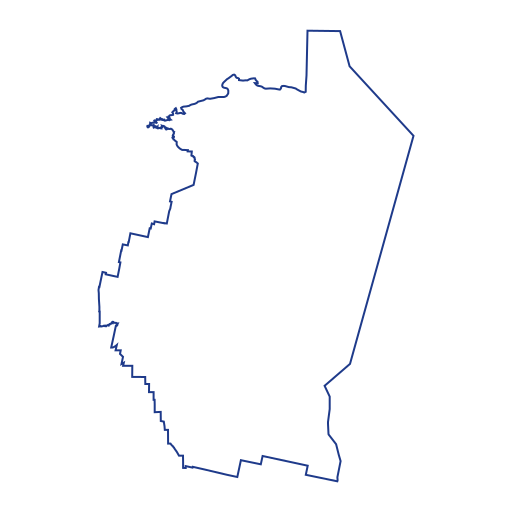 the district of San Justo, Córdoba, Argentina
{"feature_id": "61730980B4375422681595", "entity_name": "San Justo", "entity_type": "district", "adm_level": 2, "iso_a3": "ARG", "parent_name": "Argentina", "parent_adm1": "Córdoba", "projection": "robinson", "projection_center": [-62.92, -31.204], "detail": "fine", "context": "isolated", "style": "outline", "palette": "blue", "viewbox_px": 512, "rotation_deg": 0, "n_neighbors": 0, "source": "geoboundaries", "source_scale": "gbopen_adm2", "svg_char_len": 5921}
<svg xmlns="http://www.w3.org/2000/svg" viewBox="0 0 512 512"><path d="M307.5,30.7L306.5,75.5L305.8,85.6L305.7,91.8L304.2,92.5L303.4,92.1L300.9,91.5L297.0,89.4L295.7,88.5L291.4,87.3L288.8,87.1L284.9,86.0L283.5,85.9L282.0,86.1L281.2,87.0L280.9,88.5L279.9,89.6L278.5,89.4L275.0,88.7L270.1,88.4L265.8,88.7L264.5,88.4L263.3,87.7L262.1,86.8L260.8,86.3L258.0,85.8L256.7,85.2L255.7,84.2L254.9,83.1L257.7,83.2L257.5,81.7L256.7,81.1L255.6,79.8L255.1,78.4L253.9,78.3L251.0,78.7L249.5,79.2L247.3,80.4L245.8,80.3L243.0,80.6L239.0,80.1L239.0,78.7L237.9,78.0L236.6,77.8L235.7,76.7L235.2,75.3L234.1,74.6L232.7,75.0L231.7,75.9L228.3,78.4L227.1,79.1L223.9,82.1L223.0,83.1L222.4,84.4L222.2,85.8L222.8,87.1L224.0,87.7L226.8,88.3L227.8,89.2L228.3,90.6L228.3,91.9L228.2,93.5L226.6,95.9L225.3,96.6L224.0,97.0L218.3,97.0L214.1,98.1L210.0,98.8L207.3,98.4L205.9,98.8L204.8,99.6L203.5,100.3L198.0,101.7L197.1,102.6L195.8,103.4L194.5,103.9L191.7,104.5L190.4,105.0L189.2,105.8L186.3,106.4L183.7,106.6L182.4,107.0L181.1,107.8L181.5,109.0L182.7,109.9L183.2,111.1L184.0,112.3L185.0,113.3L184.2,114.0L182.7,113.7L181.5,113.0L180.2,112.9L178.8,113.3L177.3,113.5L176.2,113.2L176.7,111.8L176.4,110.7L176.4,109.4L175.8,108.2L174.7,109.0L174.4,110.4L173.2,111.3L172.3,112.3L173.1,113.5L173.1,114.8L171.7,115.1L170.3,115.2L169.6,115.5L169.2,116.2L168.5,116.5L168.5,116.9L168.1,117.1L168.0,117.4L167.5,117.4L167.7,117.7L168.0,118.0L168.3,118.3L169.5,118.8L169.8,118.5L170.0,119.1L170.7,119.7L169.8,119.9L169.3,119.8L169.1,119.8L169.0,120.1L168.4,119.9L167.9,119.9L164.9,120.7L164.2,120.3L164.5,120.1L164.3,119.6L164.1,119.6L163.8,119.8L163.3,119.8L162.3,119.2L162.2,119.3L162.2,119.5L162.4,119.9L161.9,119.8L161.8,119.3L161.6,119.0L161.2,118.9L160.2,118.1L160.0,118.4L160.3,118.7L160.1,118.8L160.1,119.0L160.4,119.3L160.2,119.6L159.2,119.8L158.5,119.7L158.1,119.8L158.0,119.4L157.9,119.3L157.6,119.4L157.1,119.1L156.8,119.1L156.7,119.6L156.3,120.4L155.7,120.5L154.5,120.4L154.3,120.6L154.2,120.7L154.5,121.6L154.9,121.8L156.1,121.8L156.7,122.7L156.6,122.8L156.4,122.9L155.8,122.6L155.4,122.5L153.5,122.8L152.6,122.7L151.2,123.2L150.2,122.8L150.2,123.5L150.4,123.7L149.8,124.3L149.3,125.5L148.8,126.1L148.2,126.5L147.9,126.3L147.7,125.9L147.4,125.9L147.3,126.1L147.4,126.4L147.4,126.7L147.7,127.3L148.0,127.4L148.3,127.3L148.9,126.9L149.0,126.7L148.9,126.3L149.8,125.7L149.9,125.0L150.5,125.0L151.0,124.9L152.0,125.4L153.2,125.1L153.3,125.4L153.7,125.3L153.7,125.6L154.0,125.8L153.5,126.4L153.6,127.4L153.7,127.6L154.2,127.4L154.3,126.5L154.5,126.4L154.7,126.9L155.1,127.0L155.4,126.8L155.3,126.2L155.6,126.2L156.1,126.5L155.7,126.8L155.8,127.5L156.2,127.7L156.6,127.2L157.1,127.1L157.4,126.8L157.3,127.5L157.6,127.9L157.7,128.3L158.0,128.4L158.4,128.1L158.9,128.0L159.0,127.9L159.6,128.1L160.2,127.9L160.4,128.1L160.7,127.8L160.9,128.1L161.4,128.3L161.4,128.0L161.6,127.8L161.4,127.2L161.6,126.6L161.9,127.0L162.5,127.1L162.6,126.7L162.2,125.8L162.7,126.0L163.2,125.9L164.4,126.3L164.8,126.8L164.9,127.4L165.6,127.9L165.3,128.4L165.6,128.9L166.2,129.5L166.5,129.4L166.5,129.1L167.0,129.2L167.3,129.0L167.2,128.6L167.1,128.2L167.5,128.4L167.9,128.4L168.3,128.9L169.6,129.0L170.7,128.7L171.1,128.8L171.3,129.1L171.8,129.2L172.3,129.6L173.3,131.1L173.6,131.9L174.1,132.0L173.8,133.0L173.9,133.3L173.7,133.5L173.7,134.0L173.1,134.7L173.2,135.3L172.9,135.4L172.7,135.8L172.8,136.3L173.3,136.8L173.5,136.9L173.7,136.6L173.9,136.6L174.0,136.7L174.0,137.0L173.7,137.3L172.8,137.3L172.5,137.7L172.8,137.9L172.9,138.4L173.3,138.9L173.5,139.4L174.0,139.5L174.7,140.4L176.7,141.9L176.7,143.0L176.6,143.9L176.6,144.3L176.9,145.1L177.7,146.5L179.1,147.9L180.2,148.8L182.1,149.9L186.2,150.0L186.5,150.2L187.8,150.1L187.7,151.4L191.8,151.5L191.4,155.6L191.7,155.8L193.0,156.0L193.3,156.3L193.6,157.1L194.3,157.1L194.7,158.0L194.6,158.9L194.9,159.2L195.0,159.5L194.6,160.6L194.6,161.1L194.9,161.4L196.4,162.3L197.8,163.5L196.0,173.0L193.6,184.9L171.5,194.1L170.0,201.4L171.6,201.8L170.6,206.7L170.3,208.5L169.2,211.2L166.8,223.5L164.3,223.1L164.3,223.3L154.6,221.4L154.1,224.2L151.8,223.5L150.7,228.5L149.7,228.3L147.9,237.1L130.4,233.3L128.7,242.1L128.4,242.1L127.8,245.4L122.8,244.4L121.5,250.6L121.2,250.5L118.9,262.1L120.4,262.4L119.3,268.4L117.6,276.9L105.7,274.3L106.0,272.8L102.5,272.0L99.4,287.0L99.0,286.9L98.5,290.0L98.8,293.3L98.9,299.0L99.4,306.9L99.4,310.5L99.2,311.4L99.7,311.5L99.7,323.3L99.1,326.5L99.8,326.4L100.2,326.0L100.6,326.0L101.1,326.5L101.5,326.3L102.1,326.3L103.1,326.1L103.9,325.7L104.2,325.9L104.5,325.8L104.8,326.0L105.1,325.6L105.3,325.6L105.7,326.2L106.1,326.3L106.3,326.2L106.4,325.9L106.5,325.7L107.7,325.1L108.7,325.6L108.8,325.4L108.5,325.1L108.5,324.8L109.0,324.7L109.5,324.4L109.6,324.2L110.0,324.3L110.3,323.8L110.7,323.6L111.2,323.7L111.4,323.5L111.7,322.8L112.2,323.0L112.1,322.4L112.1,322.2L112.6,321.8L113.3,321.9L113.5,322.7L113.7,322.8L114.3,322.7L115.1,322.9L115.9,322.8L116.2,322.9L116.6,323.4L117.8,323.4L117.2,324.5L117.4,324.8L117.3,325.1L116.8,325.4L116.6,325.9L116.3,325.9L116.0,325.6L115.9,325.6L113.6,336.5L111.2,347.5L112.5,347.5L113.6,347.2L115.9,345.8L116.8,345.0L115.6,350.3L120.7,350.3L120.0,353.9L123.0,356.8L121.5,364.0L123.8,362.7L123.1,365.8L132.3,365.8L132.2,376.9L145.2,377.0L145.3,384.0L149.1,384.0L149.0,392.1L153.6,392.1L153.6,399.8L154.6,399.8L154.7,404.5L154.7,412.2L160.7,411.9L160.8,421.0L163.8,421.6L164.5,426.1L164.8,429.9L168.0,429.9L168.1,443.6L170.5,443.6L171.2,444.6L172.4,445.9L173.2,446.5L173.5,447.3L174.1,447.7L174.3,448.3L176.9,452.0L179.0,455.7L183.0,455.7L183.1,462.2L183.1,467.9L185.7,468.0L185.7,466.1L192.5,467.6L192.7,466.8L204.6,469.5L227.0,474.8L237.3,477.0L240.9,460.2L260.8,464.3L262.6,456.0L307.7,465.7L305.8,474.8L337.3,481.3L337.6,480.3L337.4,477.2L340.6,461.1L338.7,454.6L336.1,444.2L328.7,434.6L328.5,434.1L328.0,423.7L328.0,422.0L329.7,409.1L329.7,396.6L324.6,385.8L350.0,363.9L413.5,135.8L349.6,66.3L340.1,31.1L307.5,30.7Z" fill="none" stroke="#1e3a8a" stroke-width="2"/></svg>